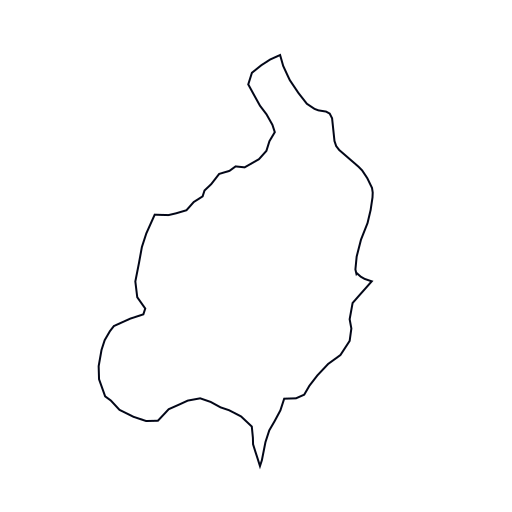 outline of Kabsan, Ryanggang, North Korea, rotated 288°
{"feature_id": "82179303B90819617668456", "entity_name": "Kabsan", "entity_type": "district", "adm_level": 2, "iso_a3": "PRK", "parent_name": "North Korea", "parent_adm1": "Ryanggang", "projection": "equal_earth", "projection_center": [128.401, 41.122], "detail": "fine", "context": "isolated", "style": "outline", "palette": "ink", "viewbox_px": 512, "rotation_deg": 288, "n_neighbors": 0, "source": "geoboundaries", "source_scale": "gbopen_adm2", "svg_char_len": 1454}
<svg xmlns="http://www.w3.org/2000/svg" viewBox="0 0 512 512"><g transform="rotate(288 256 256)"><path d="M437.3,230.4L445.2,223.1L454.6,216.8L447.3,208.8L439.2,202.2L429.0,195.5L416.8,195.6L408.5,204.4L400.2,213.3L394.0,222.2L385.8,231.1L379.6,235.6L369.4,233.3L359.2,233.4L349.0,228.9L336.8,217.8L334.9,208.9L328.8,204.5L322.7,195.6L310.5,191.2L302.4,186.8L296.2,186.8L288.1,180.1L278.0,175.7L271.9,166.8L267.9,160.2L265.9,153.5L264.0,146.9L243.6,144.7L229.3,144.7L212.9,146.9L194.5,149.1L180.1,155.8L171.8,166.9L165.7,166.9L157.6,155.8L151.6,149.2L145.5,142.5L139.4,140.3L129.2,138.1L119.0,138.1L102.6,140.4L90.3,144.8L75.9,155.9L73.7,162.6L67.5,173.7L65.2,189.2L65.1,202.5L69.0,213.6L83.3,220.3L91.3,229.2L97.4,235.8L103.4,246.9L103.2,258.0L101.1,269.1L101.0,278.0L98.8,291.4L92.5,304.7L82.2,309.2L76.0,311.4L69.8,315.8L63.6,320.3L57.4,324.7L63.6,324.7L82.0,322.5L94.3,322.5L104.5,324.7L116.7,326.9L129.0,326.9L133.0,338.0L139.0,344.7L149.2,346.9L161.5,351.3L175.7,358.0L187.9,366.9L204.2,371.3L216.5,369.1L224.8,364.6L241.2,362.4L251.4,366.8L267.7,373.9L267.7,371.6L267.8,366.3L268.7,362.0L270.8,357.2L270.1,357.0L273.9,354.7L286.6,351.9L304.0,350.8L321.8,351.9L335.2,350.8L347.7,348.7L352.4,347.4L356.6,345.3L364.4,337.8L370.2,330.5L372.6,325.9L382.5,302.4L385.3,298.3L389.6,295.1L410.5,285.8L414.2,282.1L415.0,278.0L413.8,270.3L414.0,266.2L416.5,257.3L424.2,245.9L433.7,233.8L437.3,230.4Z" fill="none" stroke="#020617" stroke-width="2"/></g></svg>